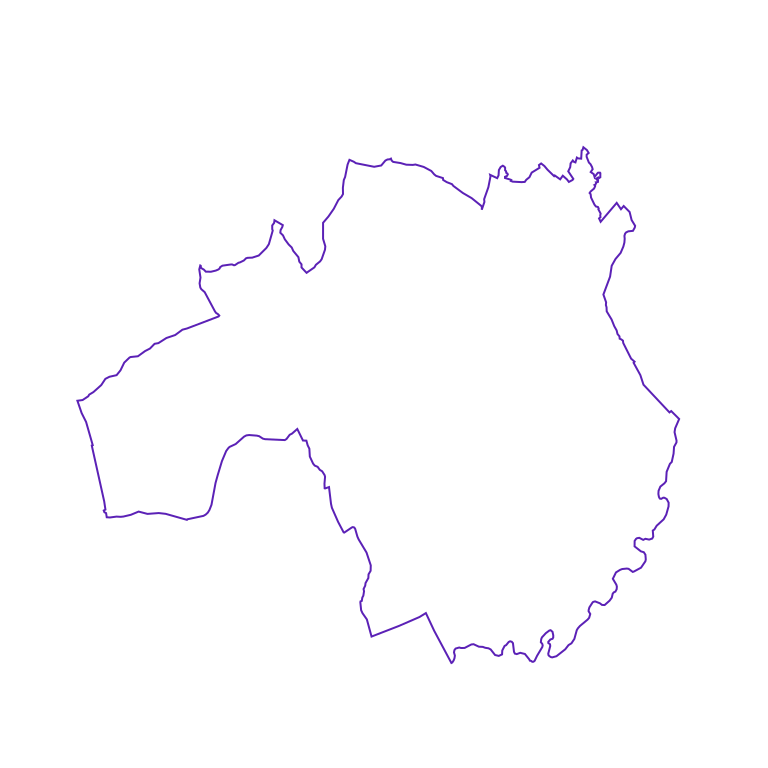 the district of Samarinesti, Gorj, Romania, rotated 279°
{"feature_id": "2599482B36572615810111", "entity_name": "Samarinesti", "entity_type": "district", "adm_level": 2, "iso_a3": "ROU", "parent_name": "Romania", "parent_adm1": "Gorj", "projection": "robinson", "projection_center": [23.051, 44.772], "detail": "fine", "context": "isolated", "style": "outline", "palette": "violet", "viewbox_px": 768, "rotation_deg": 279, "n_neighbors": 0, "source": "geoboundaries", "source_scale": "gbopen_adm2", "svg_char_len": 6159}
<svg xmlns="http://www.w3.org/2000/svg" viewBox="0 0 768 768"><g transform="rotate(279 384 384)"><path d="M607.2,456.1L605.7,456.7L594.7,456.3L582.2,454.0L579.5,454.7L571.4,453.3L574.1,453.0L575.2,452.1L581.3,441.5L585.0,432.0L590.5,421.5L592.0,419.9L593.2,414.4L594.8,410.5L596.6,410.0L597.7,402.9L598.9,400.8L601.8,397.4L604.6,389.3L605.7,380.7L604.9,378.2L604.1,371.7L604.8,365.8L604.8,358.3L605.9,356.6L607.7,355.6L606.8,354.4L606.3,352.3L604.9,350.4L599.4,347.1L597.0,340.3L597.7,321.7L598.8,319.4L600.0,314.8L595.0,313.7L582.4,313.2L579.2,312.4L571.3,312.7L565.2,313.8L562.5,312.8L558.5,310.1L549.2,307.0L540.7,302.9L533.7,298.6L517.9,301.1L510.8,304.5L507.4,304.7L497.5,302.9L495.1,301.7L491.1,298.1L488.3,297.0L481.7,290.1L486.2,284.3L489.3,283.8L491.6,281.2L495.9,279.6L501.2,273.6L504.4,271.5L506.9,268.0L511.4,263.4L515.0,261.0L517.2,257.9L519.9,257.8L523.2,259.0L525.1,259.2L528.6,250.2L526.0,250.3L523.1,248.8L519.4,249.4L518.1,250.1L504.1,248.4L499.9,246.5L491.3,240.2L488.2,234.1L487.3,229.6L486.6,228.1L484.1,226.3L481.5,222.6L481.0,221.3L478.2,218.3L477.8,217.3L478.3,215.3L478.0,213.7L475.6,205.9L473.8,203.9L472.3,203.5L471.2,202.5L469.7,200.1L467.8,195.5L467.1,190.4L468.8,188.2L470.0,185.1L472.1,184.5L472.3,184.0L468.3,183.6L460.4,186.1L454.6,186.1L450.5,187.5L449.0,188.8L446.7,192.5L429.5,205.5L428.0,206.9L426.9,209.3L425.8,210.6L424.8,210.0L408.0,180.7L406.1,176.4L399.7,170.1L395.4,161.9L389.1,154.8L387.8,151.1L382.4,147.3L379.1,142.8L372.9,136.6L371.0,129.5L370.3,128.5L364.5,124.1L356.3,121.6L350.9,118.5L348.2,111.7L345.5,108.0L338.7,104.9L330.5,98.2L327.4,94.5L325.6,93.8L321.0,88.8L319.5,83.8L308.0,89.9L299.9,95.7L278.0,105.9L277.5,105.0L224.3,126.0L216.4,128.5L215.2,127.0L213.6,127.9L213.0,129.7L209.0,131.0L209.3,134.2L211.2,140.6L211.6,144.6L212.3,147.3L215.2,154.4L219.6,161.6L218.7,170.7L221.3,181.7L221.6,188.7L219.0,210.6L219.6,210.9L225.5,226.3L227.1,228.3L229.4,230.1L232.3,231.3L237.7,232.5L260.0,233.1L267.9,234.0L282.5,236.0L293.1,238.6L296.4,240.3L297.7,241.3L301.5,246.9L310.1,254.0L311.7,256.1L312.5,258.8L313.1,266.5L312.9,268.9L311.1,272.9L310.9,275.1L313.1,294.8L314.4,296.3L319.1,298.8L320.6,300.9L326.0,305.4L315.5,312.8L315.9,316.2L311.5,318.2L308.4,320.4L300.7,322.1L294.3,326.4L292.6,328.3L291.8,331.4L289.2,334.0L288.1,336.6L284.7,339.6L283.1,340.3L276.2,340.8L271.7,341.7L271.6,342.1L273.6,345.8L257.4,350.4L253.6,351.9L240.7,360.2L231.2,367.3L231.0,367.9L231.4,368.4L237.3,374.7L237.8,375.6L237.6,377.1L236.4,378.2L229.1,381.6L226.5,383.3L214.8,393.1L202.8,399.3L197.4,400.0L193.6,398.5L189.9,398.9L184.5,396.9L181.9,397.0L178.3,395.9L176.2,396.7L171.7,396.7L169.7,396.0L166.3,396.0L165.6,394.8L164.6,394.8L157.0,396.8L154.3,398.6L148.8,403.9L132.6,411.2L147.2,436.3L159.4,455.5L164.3,461.2L148.2,472.1L119.0,494.2L119.6,495.0L121.8,496.0L124.1,496.5L126.8,496.5L129.9,495.1L132.2,495.2L133.9,496.1L135.5,499.5L135.3,501.3L135.9,504.9L140.4,511.0L141.0,513.2L139.4,518.8L139.8,522.7L139.3,525.2L139.3,528.6L138.5,530.9L133.7,536.1L133.4,539.9L135.4,542.9L139.3,542.5L144.2,544.1L145.2,545.5L148.7,547.5L149.6,548.8L149.4,550.5L148.2,551.9L139.8,554.3L138.2,555.4L138.0,557.4L139.8,560.6L139.4,565.4L134.6,570.7L133.6,571.3L133.5,572.7L132.8,573.9L133.1,575.1L134.2,576.1L139.5,577.7L149.0,581.5L150.7,581.6L152.2,580.9L153.5,579.3L156.6,579.2L158.4,579.6L163.2,582.8L166.4,585.9L166.9,587.1L165.6,589.2L162.2,590.5L160.1,590.8L158.7,590.3L157.7,588.3L155.0,586.6L153.9,586.8L152.9,588.7L151.2,589.2L143.4,588.4L141.9,588.9L141.1,589.9L140.4,591.5L140.3,592.9L142.1,596.9L150.3,604.5L155.0,607.1L157.2,609.7L162.0,611.9L171.0,612.9L173.0,613.7L175.7,615.4L183.2,622.0L185.2,623.2L189.1,623.7L191.6,621.6L192.9,621.5L195.5,621.8L200.7,624.1L201.5,624.7L202.3,626.5L201.2,631.5L199.9,633.9L200.2,636.5L205.3,640.7L208.6,642.4L212.7,642.7L214.2,643.6L215.1,645.0L217.7,645.9L220.3,645.7L222.1,644.9L227.4,640.5L234.2,642.6L237.4,646.3L238.5,648.2L239.7,652.7L239.7,654.5L237.3,659.1L237.9,660.2L242.8,666.6L249.8,669.9L251.7,670.0L256.3,668.9L258.5,666.9L258.9,663.9L262.8,656.9L268.2,656.1L270.5,657.2L271.3,658.1L272.0,660.2L270.6,664.4L272.0,666.4L271.8,670.2L273.3,673.1L275.4,673.8L281.3,672.4L282.6,673.8L286.7,675.5L294.1,681.4L299.1,683.2L307.6,684.2L311.3,683.7L314.6,681.2L315.5,678.8L315.4,677.6L313.9,675.7L314.0,674.3L315.5,673.2L318.3,672.2L321.5,671.9L325.9,673.0L329.8,676.5L332.1,677.8L341.5,676.9L349.9,678.9L352.0,680.4L360.5,680.9L367.3,680.3L372.0,682.0L373.8,681.8L381.9,678.5L385.8,678.5L395.6,681.0L402.2,671.9L400.6,670.4L423.9,640.4L432.9,635.8L444.0,627.2L445.2,628.0L447.7,624.1L461.9,613.9L464.2,613.2L465.2,611.3L465.6,609.7L467.9,609.1L469.9,606.8L473.3,605.4L477.1,602.4L483.3,598.7L490.6,592.6L494.6,591.8L496.7,590.8L499.4,590.6L506.7,586.7L525.4,590.5L536.4,590.4L543.7,593.1L550.5,597.2L557.2,598.9L561.3,599.3L565.1,599.0L567.9,598.3L570.2,598.6L571.6,599.4L573.0,601.4L574.2,605.9L577.7,607.2L579.5,607.3L584.7,602.9L592.3,599.7L597.3,592.9L593.7,590.7L599.3,585.5L578.1,572.6L581.2,570.5L582.6,571.7L584.4,571.2L586.2,571.3L590.1,568.4L590.9,568.6L592.3,567.6L592.5,565.5L594.1,563.8L600.6,559.3L603.8,558.4L604.8,557.2L606.5,558.0L609.9,560.9L612.4,561.6L613.1,561.5L613.5,560.8L614.1,561.6L616.0,562.3L616.4,561.9L617.1,563.7L619.1,563.5L619.4,563.1L619.1,562.4L619.7,562.1L619.9,561.4L621.6,563.4L621.1,564.3L622.0,565.3L626.1,564.7L626.5,564.3L626.2,562.4L625.8,562.0L621.4,559.6L624.1,558.3L625.7,555.0L628.8,556.5L630.9,555.5L633.4,553.6L634.8,551.7L640.1,548.6L642.2,548.3L644.2,550.0L646.8,547.8L649.0,543.9L646.2,543.5L645.6,542.7L637.4,543.5L637.2,540.4L637.8,539.1L632.8,538.4L633.1,536.9L634.3,535.5L631.1,533.8L627.3,534.0L622.9,532.7L616.2,538.9L615.0,538.3L612.5,535.0L614.7,532.7L617.7,528.0L613.7,526.0L616.7,520.0L615.9,519.5L621.2,512.0L624.4,508.3L626.4,504.7L624.5,502.8L621.9,503.8L615.9,496.8L611.0,495.3L608.0,492.6L605.6,491.4L604.9,488.2L604.0,479.5L604.4,477.5L605.4,477.8L605.6,477.2L606.4,471.3L607.6,471.1L608.7,472.9L610.4,473.5L611.2,473.0L611.7,471.7L613.2,471.3L614.0,470.2L616.5,469.8L617.4,469.0L618.2,467.2L616.6,465.3L613.3,464.0L608.0,464.5L605.0,463.6L607.2,456.1Z" fill="none" stroke="#5b21b6" stroke-width="2"/></g></svg>